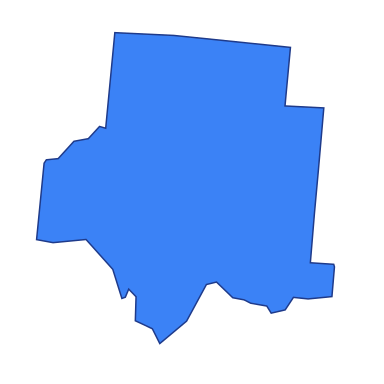 the district of Russell, Alabama, United States of America, rotated 96°
{"feature_id": "52423323B77789245141210", "entity_name": "Russell", "entity_type": "district", "adm_level": 2, "iso_a3": "USA", "parent_name": "United States of America", "parent_adm1": "Alabama", "projection": "mercator", "projection_center": [-85.086, 32.286], "detail": "fine", "context": "isolated", "style": "filled", "palette": "blue", "viewbox_px": 384, "rotation_deg": 96, "n_neighbors": 0, "source": "geoboundaries", "source_scale": "gbopen_adm2", "svg_char_len": 748}
<svg xmlns="http://www.w3.org/2000/svg" viewBox="0 0 384 384"><g transform="rotate(96 192 192)"><path d="M281.4,41.9L256.5,42.4L251.6,42.5L249.1,43.5L250.0,66.9L200.1,68.0L156.3,68.6L94.6,69.7L96.7,108.5L81.6,108.7L37.9,109.2L38.2,226.5L41.6,285.4L51.4,285.3L137.6,284.5L136.5,290.8L149.8,300.7L153.9,314.7L172.8,328.6L175.2,340.2L178.8,342.1L255.6,341.6L256.9,324.9L250.3,292.4L277.2,262.7L305.2,250.6L303.6,247.3L295.2,244.8L302.0,236.7L326.0,234.9L328.0,229.0L332.2,217.1L346.1,208.2L321.0,183.9L308.2,178.6L282.5,168.0L279.0,158.2L292.9,140.4L293.8,129.0L294.2,127.9L296.5,121.9L297.6,105.7L304.2,100.6L299.5,87.0L286.2,80.1L286.2,65.3L285.9,63.9L282.0,44.8L281.9,44.4L281.4,41.9Z" fill="#3b82f6" stroke="#1e3a8a" stroke-width="1.5"/></g></svg>